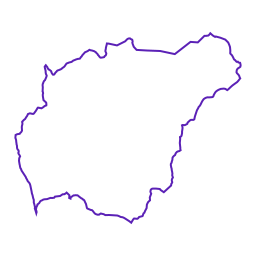 San Miguel Peras, Oaxaca, Mexico (Natural Earth projection)
{"feature_id": "50627088B72532409428040", "entity_name": "San Miguel Peras", "entity_type": "district", "adm_level": 2, "iso_a3": "MEX", "parent_name": "Mexico", "parent_adm1": "Oaxaca", "projection": "natural_earth1", "projection_center": [-97.017, 16.925], "detail": "fine", "context": "isolated", "style": "outline", "palette": "violet", "viewbox_px": 256, "rotation_deg": 0, "n_neighbors": 0, "source": "geoboundaries", "source_scale": "gbopen_adm2", "svg_char_len": 5647}
<svg xmlns="http://www.w3.org/2000/svg" viewBox="0 0 256 256"><path d="M172.9,177.5L172.2,175.3L172.4,173.6L172.1,171.6L171.8,170.4L171.6,168.5L171.2,167.3L171.0,166.0L170.8,165.1L170.9,163.8L171.6,162.7L171.8,161.5L172.3,160.1L172.4,159.5L172.5,158.1L172.6,157.5L173.1,156.8L174.0,155.8L175.1,155.0L175.7,153.3L176.9,151.9L177.9,151.4L179.2,151.1L180.6,150.2L180.4,149.4L180.3,148.8L180.3,147.4L180.2,146.7L180.1,145.8L179.8,143.0L180.2,138.6L180.0,137.7L180.0,137.0L181.1,136.4L181.5,135.8L181.9,134.0L182.1,132.9L182.0,132.0L182.3,129.9L182.5,128.6L182.5,127.1L182.2,126.0L182.0,125.3L182.6,125.0L183.9,125.1L184.9,125.1L186.9,124.1L187.3,123.8L187.6,122.6L190.1,120.3L190.9,119.9L193.4,119.9L194.3,119.3L194.9,116.5L196.9,110.4L197.5,109.3L198.1,108.3L198.6,107.1L199.8,105.8L200.5,104.7L201.0,103.7L201.6,102.4L202.6,100.6L203.7,99.1L205.2,98.1L206.1,97.7L207.5,97.3L208.9,97.4L211.6,97.2L212.7,97.0L213.5,96.0L213.8,94.9L215.0,92.8L215.8,91.7L217.2,90.6L218.4,89.9L219.5,89.4L220.8,88.9L221.9,88.8L222.8,88.7L223.8,88.6L225.4,88.9L227.2,90.1L228.2,89.4L230.6,87.1L232.4,85.5L234.7,83.8L237.1,82.1L238.2,80.9L240.0,78.6L240.2,78.4L239.9,77.8L239.5,76.9L239.3,76.1L238.6,74.9L236.9,73.1L236.5,72.3L236.6,71.2L236.8,70.0L237.3,69.1L238.2,68.2L239.4,67.5L240.3,66.8L240.6,65.6L240.5,64.3L240.1,62.8L239.1,62.7L238.3,62.4L237.9,61.7L236.6,61.8L236.0,61.2L235.1,60.1L234.4,59.7L233.9,59.1L233.2,57.5L232.0,55.3L231.1,54.4L230.5,53.8L230.2,53.2L230.3,51.9L230.3,50.3L230.0,47.0L229.3,45.0L228.2,42.5L225.3,39.6L220.3,37.7L215.8,36.5L215.1,36.9L214.4,36.4L214.0,36.3L213.4,35.9L212.7,35.4L210.3,33.3L209.7,34.2L208.4,35.5L207.6,35.7L206.9,35.7L206.1,35.9L204.5,35.9L204.4,35.9L197.8,42.4L190.5,41.9L174.8,54.1L160.2,51.0L146.8,50.5L136.6,49.9L134.2,47.3L133.7,46.7L133.5,46.2L133.4,45.8L133.2,45.3L133.0,44.8L132.8,44.3L132.6,43.7L132.3,42.6L132.6,42.0L132.6,41.1L132.4,40.5L132.2,39.7L130.3,38.8L130.0,38.4L129.0,38.4L128.1,38.7L127.5,39.0L126.8,39.6L125.2,41.3L117.0,45.4L108.6,43.6L106.9,43.5L106.8,44.2L105.9,47.7L105.8,49.0L105.5,50.1L105.4,51.2L105.8,52.2L106.2,53.1L106.3,53.6L106.0,54.9L105.5,55.6L104.7,56.1L104.1,57.1L103.4,57.3L100.9,57.7L100.5,57.6L100.2,57.5L99.6,56.9L99.1,56.3L98.8,55.8L98.4,55.3L98.0,55.0L97.8,54.6L97.5,54.0L97.0,53.5L96.5,53.1L95.6,52.0L94.9,51.7L94.4,51.3L93.9,51.1L92.0,50.5L91.5,50.4L90.6,50.3L89.5,49.8L89.3,49.9L88.1,50.8L87.0,51.4L86.1,51.8L85.1,52.2L83.9,53.5L82.2,55.4L81.6,56.5L80.9,57.1L79.9,58.6L79.0,58.8L77.8,58.9L75.9,59.5L74.8,60.0L74.0,60.3L73.2,60.6L71.6,61.9L69.1,62.5L68.2,62.9L67.3,63.2L66.5,63.6L65.7,64.7L64.6,66.3L64.0,66.9L63.2,67.5L62.5,67.9L61.6,68.8L60.4,69.5L59.9,69.6L58.8,70.1L57.5,70.5L56.8,71.1L56.4,71.8L56.0,72.0L55.7,72.4L55.3,72.8L54.9,73.5L54.4,74.2L54.1,74.5L53.8,74.7L53.4,74.7L53.0,74.7L52.7,74.4L52.2,73.7L51.9,73.2L51.6,72.7L51.4,72.2L51.3,71.5L51.0,71.0L50.5,70.7L50.0,70.2L49.6,69.9L49.2,69.6L48.6,69.5L48.2,68.9L48.0,68.6L47.7,68.1L47.4,67.5L47.2,66.9L46.7,66.5L46.1,65.5L45.8,65.2L45.5,65.6L44.7,66.7L44.8,67.5L45.6,70.8L45.7,72.9L46.1,74.4L46.6,75.3L46.7,75.8L46.2,77.3L45.0,80.1L44.1,80.9L43.5,82.1L43.3,82.4L43.1,83.4L42.7,84.1L42.6,85.3L42.8,87.2L42.6,91.6L42.9,92.0L43.1,93.3L42.8,94.3L42.8,95.9L43.5,100.1L46.1,102.5L46.3,103.1L46.3,103.9L46.4,104.8L46.3,105.4L44.5,106.1L43.4,107.1L41.5,108.3L38.0,107.6L37.7,107.8L35.9,110.8L33.9,113.5L33.3,113.9L32.6,113.9L29.9,113.3L27.9,114.1L27.6,114.9L27.3,115.5L27.0,116.1L26.3,117.0L25.1,119.0L23.9,119.9L22.2,121.7L22.1,122.0L22.4,122.8L22.4,124.2L21.9,126.1L21.8,127.2L22.0,130.6L21.5,131.6L21.0,132.3L20.1,133.1L19.7,133.8L17.2,134.2L15.6,135.0L15.4,137.6L15.4,138.0L15.6,138.4L16.1,140.1L16.2,141.3L16.3,142.3L16.5,143.3L16.5,144.1L16.7,144.8L16.9,145.4L17.0,146.5L17.0,147.2L17.1,147.9L17.2,148.5L17.6,149.4L18.5,150.4L18.6,150.9L18.7,151.9L18.6,152.2L18.3,152.9L18.6,153.8L19.6,155.3L20.1,156.3L19.8,156.9L19.4,157.9L19.2,158.3L19.2,159.2L19.0,160.2L19.1,161.5L19.3,162.7L19.6,164.5L19.8,165.1L20.0,166.5L20.4,168.1L21.1,169.1L21.5,170.5L22.1,171.4L25.3,176.3L25.8,177.1L26.1,178.0L27.1,179.7L27.7,181.1L29.3,182.9L29.9,184.0L30.3,185.3L31.6,191.5L31.9,193.4L32.5,195.1L32.9,196.9L33.3,198.6L33.7,199.5L33.8,200.6L33.8,202.6L34.2,203.8L35.0,207.2L34.8,208.5L35.5,210.5L36.3,213.2L36.6,212.1L36.4,210.9L36.0,210.1L36.0,209.5L36.3,207.4L37.4,205.2L37.4,204.5L39.2,203.1L40.1,201.5L40.7,200.9L42.3,200.2L43.2,199.6L44.5,199.3L47.1,199.1L50.4,197.9L52.2,198.0L54.2,197.7L55.0,196.6L60.1,196.0L62.6,194.3L64.4,194.2L64.7,193.9L65.4,193.7L66.6,192.6L68.2,194.1L69.4,195.3L69.4,195.6L69.2,198.0L70.5,198.6L70.6,197.8L70.8,197.2L71.9,196.6L72.9,195.8L73.6,195.4L74.3,195.4L75.6,195.2L76.8,195.3L77.5,195.3L78.2,195.8L79.1,196.6L81.6,198.5L82.3,198.7L82.7,199.1L83.2,199.7L83.7,199.8L84.3,200.4L85.1,202.2L86.0,204.0L86.9,207.9L87.3,208.5L90.9,210.0L91.9,210.1L92.7,210.8L94.2,212.8L94.9,213.5L95.5,214.0L97.2,214.6L97.7,214.7L98.2,214.6L98.7,214.7L99.2,214.6L99.7,214.2L100.3,213.8L100.9,213.5L101.2,213.7L101.4,213.7L101.9,213.8L102.4,213.9L103.7,214.2L105.3,215.1L109.1,215.0L117.2,215.5L118.5,215.9L120.8,217.0L122.4,217.2L123.5,217.6L124.6,218.2L129.3,221.2L131.2,222.7L133.2,219.4L134.1,218.5L137.2,218.8L138.1,218.3L139.1,217.0L142.5,216.1L142.7,215.8L143.5,213.4L144.4,212.7L145.0,211.1L146.6,208.1L146.9,204.5L148.1,202.1L150.0,200.3L149.8,197.4L151.2,193.7L150.6,192.4L150.4,191.3L150.7,190.3L150.8,189.7L151.1,189.4L151.9,188.8L152.8,188.6L156.0,188.6L159.8,189.0L160.6,190.0L163.8,192.2L171.1,185.5L171.3,183.9L172.2,182.5L172.2,182.1L172.1,181.6L171.9,181.1L171.8,180.6L171.8,180.1L171.9,179.5L172.0,179.0L172.3,178.6L172.5,178.1L172.7,177.8L172.9,177.5Z" fill="none" stroke="#5b21b6" stroke-width="2"/></svg>